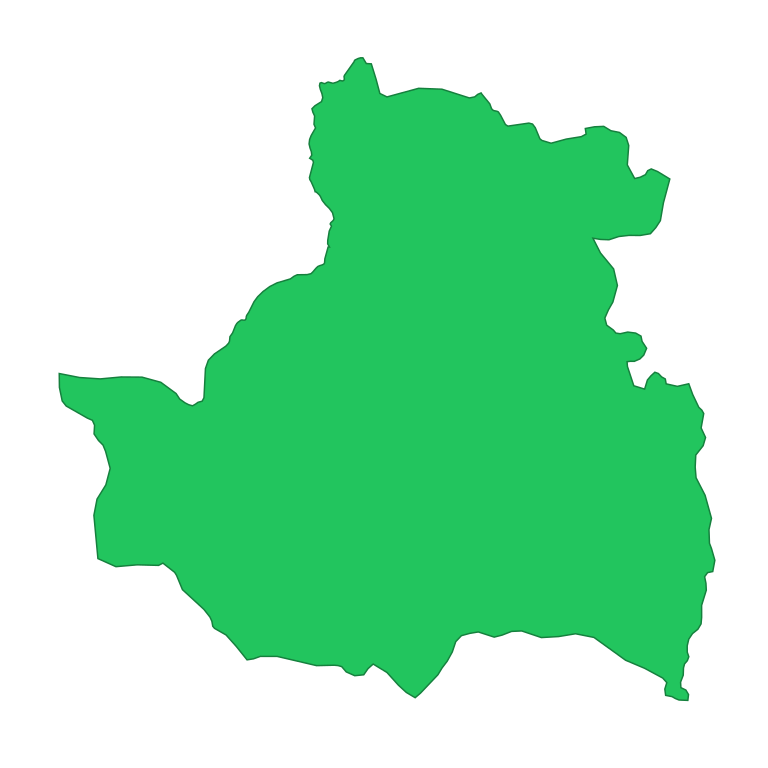 outline of Tabora, rotated 88°
{"feature_id": "TZA-3359", "entity_name": "Tabora", "entity_type": "Region", "adm_level": 1, "iso_a3": "TZA", "parent_name": "United Republic of Tanzania", "parent_adm1": "", "projection": "orthographic", "projection_center": [32.512, -5.492], "detail": "fine", "context": "isolated", "style": "filled", "palette": "green", "viewbox_px": 768, "rotation_deg": 88, "n_neighbors": 0, "source": "natural_earth", "source_scale": "10m", "svg_char_len": 3917}
<svg xmlns="http://www.w3.org/2000/svg" viewBox="0 0 768 768"><g transform="rotate(88 384 384)"><path d="M710.8,91.4L710.1,100.2L708.5,103.8L706.5,107.0L705.0,113.4L698.7,114.0L692.3,111.8L687.6,115.7L677.2,133.5L668.5,152.2L644.6,183.0L640.3,201.3L642.5,218.3L642.9,235.6L635.6,255.0L635.7,265.1L639.1,274.8L640.8,282.7L635.1,298.4L636.2,306.9L638.2,315.4L644.0,321.3L654.2,325.1L663.2,330.5L669.7,335.8L676.5,340.3L694.2,358.3L698.6,363.8L693.0,372.5L685.5,380.1L672.4,391.1L663.5,404.6L667.9,409.9L673.9,414.4L674.5,423.4L670.4,431.8L665.0,436.1L663.8,439.7L663.3,443.6L663.1,461.2L652.5,500.3L651.9,517.1L654.1,524.0L654.9,530.5L641.1,540.8L629.3,550.6L622.3,561.9L620.1,563.6L615.1,564.3L610.8,566.1L602.9,571.9L582.5,592.6L568.0,598.0L564.9,599.8L555.3,611.2L557.4,615.6L556.1,636.9L557.2,658.3L548.5,676.0L505.1,678.5L489.0,674.8L475.1,665.5L458.8,660.6L441.6,664.6L435.3,666.9L430.5,671.3L423.8,675.5L415.1,674.7L410.1,676.7L407.7,681.7L394.9,702.4L389.7,706.2L376.1,708.5L362.2,708.2L366.9,688.0L369.0,667.4L367.8,646.5L368.7,625.6L374.5,607.0L386.3,592.1L391.9,588.7L395.9,583.5L397.9,579.9L399.1,576.1L397.6,573.2L395.8,570.5L394.8,566.3L391.4,564.4L362.3,561.9L354.1,558.7L348.0,552.4L340.7,540.8L337.7,537.8L335.8,536.9L331.3,536.3L327.6,533.5L320.5,530.4L318.4,529.0L317.3,527.9L315.2,524.8L315.0,523.8L315.4,521.5L315.2,520.6L314.0,519.6L311.5,519.2L310.3,518.6L307.5,516.6L297.2,511.0L292.4,507.2L287.3,501.6L282.6,494.7L279.2,487.4L275.7,473.9L273.2,470.2L271.8,466.9L272.0,457.0L271.2,453.1L269.7,451.4L265.9,447.9L264.3,446.1L263.5,444.2L262.9,441.9L262.1,440.0L260.9,439.2L256.7,438.7L245.2,435.1L245.2,433.7L242.0,435.4L238.5,435.2L229.3,433.4L224.5,431.0L223.8,431.2L223.1,431.8L222.2,432.2L221.0,431.6L219.2,429.5L218.1,428.6L216.9,428.2L211.0,429.5L206.6,432.5L202.7,436.2L198.4,439.3L194.4,441.0L192.8,442.0L190.6,444.1L189.5,445.5L189.5,446.1L186.9,446.7L179.4,449.7L177.1,451.0L175.1,451.3L160.1,446.8L157.9,447.3L155.8,450.4L152.8,448.2L149.3,448.5L145.5,449.7L141.5,450.5L137.0,449.8L133.1,448.1L125.7,443.5L122.0,444.9L113.7,444.0L109.9,445.6L106.4,446.4L103.5,443.3L99.6,436.6L95.7,435.2L91.6,435.9L87.5,437.3L83.7,438.1L81.1,437.5L80.6,436.1L81.7,433.2L81.5,432.0L80.5,430.1L80.3,429.1L81.7,424.5L80.8,421.1L80.1,419.2L79.0,417.5L79.5,416.0L79.7,414.7L79.0,413.4L78.1,413.0L75.3,413.2L74.1,412.7L60.8,402.6L59.9,402.3L59.2,401.7L57.8,398.5L57.2,396.1L57.3,393.7L63.1,390.5L63.6,385.5L79.1,381.3L93.5,378.0L97.2,371.0L89.7,339.1L91.4,315.8L101.1,288.7L100.2,283.3L97.8,280.2L96.5,276.8L97.7,276.1L107.7,268.5L112.3,267.0L113.7,266.1L114.6,264.7L115.4,261.5L116.1,260.2L119.7,258.0L128.9,253.6L130.6,251.2L128.3,230.1L129.4,226.5L133.1,223.9L144.3,219.7L146.1,217.7L149.2,208.6L145.6,193.3L143.7,178.2L141.3,173.3L135.7,173.9L134.3,164.7L134.2,155.4L138.8,148.4L140.8,139.9L146.0,133.4L154.2,131.1L173.5,133.2L187.4,126.3L186.3,120.7L183.9,115.4L180.0,113.0L178.4,109.4L181.2,103.2L189.1,91.2L212.6,98.4L230.4,102.1L237.2,106.9L243.1,112.5L244.5,122.9L244.0,133.8L244.8,144.2L247.7,154.1L247.1,162.4L245.6,170.1L260.6,163.1L277.0,150.5L293.7,147.3L310.1,152.4L317.7,157.1L325.8,161.0L333.0,159.4L338.1,152.9L341.2,150.5L342.0,146.2L340.6,138.6L341.9,130.7L345.1,125.5L350.4,124.6L357.5,120.3L364.2,123.4L367.9,127.4L370.1,133.1L369.9,136.9L370.2,140.3L375.0,140.1L394.5,134.4L398.2,123.7L389.2,120.6L385.2,117.0L381.7,112.9L383.1,109.4L386.6,106.3L388.8,102.7L393.7,102.0L396.6,90.9L394.4,79.4L405.4,75.8L418.3,70.2L421.2,67.3L424.7,65.5L439.0,68.6L448.7,64.5L456.8,67.2L465.9,74.9L477.9,75.9L488.6,75.4L506.4,67.0L529.7,61.4L540.9,64.3L554.5,64.3L560.1,62.4L571.7,59.5L582.9,62.0L583.8,67.2L587.8,70.3L594.4,69.2L601.3,69.1L616.3,74.3L628.4,74.7L634.8,75.5L640.1,78.9L644.2,84.4L649.6,88.3L656.2,90.1L662.6,90.3L667.2,88.9L671.1,90.5L674.2,93.4L678.2,94.6L685.4,95.1L692.3,98.0L697.8,97.9L700.4,93.0L705.0,90.5L710.8,91.4Z" fill="#22c55e" stroke="#15803d" stroke-width="1.5"/></g></svg>